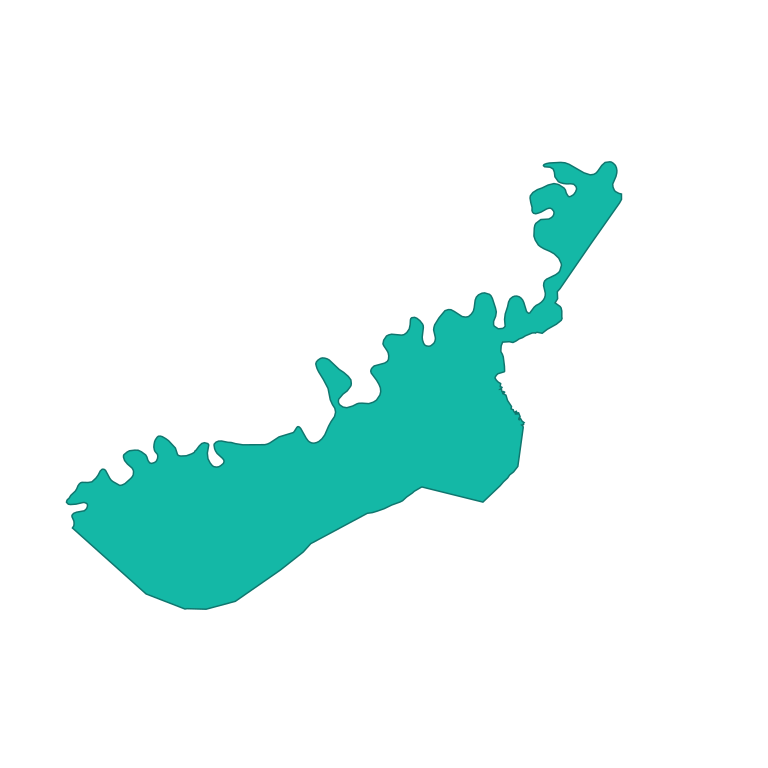 outline of El Progreso, Yoro, Honduras, rotated 43°
{"feature_id": "27666195B1726460774022", "entity_name": "El Progreso", "entity_type": "district", "adm_level": 2, "iso_a3": "HND", "parent_name": "Honduras", "parent_adm1": "Yoro", "projection": "mercator", "projection_center": [-87.816, 15.474], "detail": "fine", "context": "isolated", "style": "filled", "palette": "teal", "viewbox_px": 768, "rotation_deg": 43, "n_neighbors": 0, "source": "geoboundaries", "source_scale": "gbopen_adm2", "svg_char_len": 6144}
<svg xmlns="http://www.w3.org/2000/svg" viewBox="0 0 768 768"><g transform="rotate(43 384 384)"><path d="M428.1,83.1L425.8,84.4L422.0,85.4L420.3,85.2L417.2,83.8L414.9,81.8L412.1,74.0L410.3,70.9L408.8,69.1L406.6,67.4L404.1,66.3L401.2,66.2L399.0,66.6L397.7,67.4L394.6,71.2L394.2,75.6L395.2,82.8L395.2,85.2L394.5,87.5L392.2,90.4L386.2,93.2L369.5,97.1L365.5,98.8L362.0,101.5L354.2,109.6L352.5,112.0L351.5,114.0L351.4,114.9L351.7,115.6L353.3,115.6L357.6,112.2L361.0,111.4L364.0,112.8L367.7,115.9L373.5,117.1L375.6,116.5L378.5,115.0L381.3,112.9L384.0,110.2L386.5,108.5L389.7,108.6L391.9,110.0L393.1,113.0L393.5,116.2L392.7,119.2L391.7,120.8L390.6,121.0L388.5,120.5L386.8,119.9L384.4,118.4L382.1,117.9L376.3,118.9L374.8,119.5L371.6,121.5L368.3,126.6L365.9,132.8L363.6,137.3L362.3,142.4L362.7,146.6L364.0,148.4L367.6,151.2L371.9,153.9L373.9,156.2L375.5,157.0L377.0,157.1L378.9,156.0L380.1,154.1L381.6,151.2L383.6,144.9L384.9,142.7L385.9,141.9L387.4,141.5L390.2,141.9L391.5,142.7L392.6,144.4L393.1,146.3L392.9,148.3L392.0,151.0L386.5,156.8L385.5,163.0L386.0,164.9L387.5,167.4L392.8,173.6L396.5,175.6L402.1,177.1L404.8,176.9L408.8,176.0L415.0,173.8L419.7,172.7L426.0,172.8L431.2,174.9L432.8,176.1L435.4,181.2L435.7,183.3L435.0,187.1L431.4,196.4L431.2,199.1L432.0,201.1L433.6,203.2L440.1,207.6L441.7,209.5L442.8,211.8L443.3,214.2L443.3,216.9L442.7,219.9L441.7,222.6L441.4,225.4L442.2,232.7L441.5,233.7L438.9,233.8L430.6,229.0L428.1,228.0L425.6,227.7L423.4,228.0L421.2,229.1L419.7,230.6L418.7,232.5L418.2,235.7L419.2,239.1L421.6,243.1L424.9,250.1L428.1,254.5L433.2,259.1L433.3,260.7L432.9,262.4L429.9,265.7L425.1,266.5L423.6,265.8L421.4,263.4L419.4,258.2L417.0,254.7L413.7,252.4L404.9,247.5L402.0,246.5L400.0,246.5L395.5,248.7L393.7,250.8L392.3,254.4L392.3,257.5L393.5,260.5L398.0,266.8L399.7,269.9L400.2,273.5L399.8,277.1L398.1,279.4L395.1,281.4L385.9,283.0L382.3,284.0L380.3,285.7L378.6,288.8L379.1,298.0L380.7,306.1L381.9,308.5L383.4,310.6L389.6,314.8L390.8,315.9L391.9,317.7L392.6,319.6L392.5,321.9L392.1,324.3L391.1,325.8L389.1,327.2L387.2,327.7L385.2,327.2L382.2,325.6L380.0,323.7L374.4,316.0L372.9,314.6L371.4,313.9L367.1,313.2L363.2,313.5L360.9,314.4L359.1,316.6L359.0,317.8L359.6,319.1L362.6,322.7L364.9,326.5L365.6,330.9L365.0,334.2L363.6,336.2L355.6,342.4L354.0,344.8L353.1,347.2L353.9,352.2L355.9,355.4L357.8,356.2L363.4,357.5L365.7,358.3L368.3,360.2L370.5,363.0L371.0,365.3L370.2,368.3L364.5,377.5L364.3,380.1L364.6,382.0L365.5,383.6L367.2,384.7L376.0,386.3L380.6,387.7L384.0,389.3L386.8,391.8L388.5,394.8L389.5,400.9L388.6,404.5L386.3,408.7L381.0,413.0L378.8,415.2L377.8,416.8L376.1,421.5L373.0,426.7L369.8,428.8L366.3,429.4L364.8,429.2L363.4,428.6L362.1,427.4L361.2,425.9L360.9,419.4L361.8,414.2L361.2,408.8L360.9,407.6L359.8,406.0L357.0,403.6L352.7,402.8L346.6,403.0L341.3,403.9L327.5,403.8L325.2,404.4L323.0,405.5L321.1,407.0L320.1,408.6L319.4,411.6L319.5,414.0L320.4,415.8L322.3,417.1L324.6,418.4L328.0,419.7L336.7,422.1L346.1,425.4L355.5,432.2L360.3,434.2L364.6,435.3L367.8,437.6L370.0,441.5L370.9,447.5L372.2,452.5L375.4,461.6L376.0,466.3L375.6,470.4L374.6,472.9L373.1,475.1L371.2,476.5L369.0,477.2L367.2,477.3L364.0,476.7L353.4,473.3L351.5,473.2L350.3,473.7L349.9,474.3L349.9,475.4L350.8,480.2L350.7,481.5L343.3,494.3L340.7,505.0L339.7,507.4L338.2,509.7L322.3,524.7L316.1,528.9L312.1,531.0L309.6,533.1L304.2,536.4L302.0,538.5L300.8,541.1L300.8,543.8L301.6,544.8L304.2,546.8L306.3,547.8L309.3,548.6L316.7,548.5L318.8,548.9L319.9,549.8L320.7,551.6L320.3,555.0L319.6,557.2L318.2,559.0L315.9,560.5L314.1,560.8L310.6,560.3L306.2,558.7L301.9,555.0L297.4,548.1L295.8,547.7L292.7,549.4L291.3,551.8L291.1,555.2L291.7,560.6L291.4,561.7L291.9,563.4L291.0,566.2L288.4,571.3L284.4,575.4L282.7,576.3L281.3,576.5L275.1,573.1L265.2,572.4L261.7,572.8L257.8,573.7L255.9,574.7L254.6,576.1L254.4,577.6L254.8,580.5L255.5,582.5L257.1,585.1L258.7,587.1L261.1,588.9L262.6,589.5L266.4,590.0L267.8,591.1L269.1,592.8L269.9,595.0L270.1,596.3L269.6,598.2L268.2,600.6L266.4,601.5L263.5,600.9L260.4,599.1L258.1,598.4L252.9,599.0L249.4,600.1L246.8,602.4L243.4,606.4L242.5,609.0L242.0,613.1L242.4,614.1L243.4,615.2L246.5,616.9L250.9,617.5L257.1,617.3L259.1,617.9L260.5,618.8L262.6,621.5L263.1,623.4L263.2,625.8L262.5,633.6L261.3,636.6L259.9,638.4L252.5,640.2L250.2,640.4L247.8,640.0L239.3,637.1L237.8,637.2L236.6,637.9L236.0,638.6L235.8,641.1L237.1,645.8L237.5,649.3L237.1,654.8L234.7,657.9L230.2,661.9L229.5,663.2L229.3,664.8L229.6,667.1L230.8,670.3L231.3,673.0L230.9,679.0L231.6,682.5L231.3,684.5L231.8,686.1L232.5,687.1L235.1,687.2L236.9,686.0L240.7,681.9L244.9,675.7L245.9,674.9L247.5,674.3L248.9,674.2L249.7,674.7L250.8,676.2L251.5,678.1L251.3,681.1L246.6,687.4L245.3,690.1L245.2,692.0L245.5,693.0L246.4,693.9L250.8,695.8L252.6,697.5L253.9,699.3L254.3,701.8L353.2,699.8L391.9,684.3L393.1,682.7L407.5,670.0L423.5,644.3L435.1,590.6L439.5,561.8L439.3,550.7L460.0,489.9L463.2,486.0L465.7,481.7L469.2,475.0L472.2,467.2L476.2,459.4L477.2,456.7L477.6,451.3L479.1,444.3L479.3,441.8L481.7,433.9L482.2,433.3L536.9,402.9L538.3,379.3L538.1,374.0L538.5,368.4L537.9,364.8L538.7,359.9L538.1,353.0L515.5,320.9L514.3,320.0L512.7,320.1L513.6,318.3L512.7,317.5L512.8,316.7L510.3,317.0L507.2,316.1L507.0,316.4L507.3,317.9L506.8,318.0L506.0,317.1L505.7,315.0L502.1,313.3L501.7,313.7L502.1,314.8L500.9,316.0L500.5,314.2L499.4,313.7L499.1,314.4L499.8,315.8L497.5,315.5L496.1,314.7L493.9,315.5L492.6,313.5L485.6,311.8L480.8,309.0L477.4,310.0L477.0,309.5L478.0,308.1L477.7,307.7L476.4,308.1L476.2,308.4L476.5,308.9L476.1,309.1L475.3,309.1L473.5,307.7L472.5,308.7L472.7,306.1L472.2,306.0L470.8,306.7L469.0,304.1L466.4,304.7L463.6,304.6L461.1,303.9L460.7,303.3L460.2,301.0L460.3,298.8L463.6,293.1L463.5,292.4L460.0,288.9L452.7,282.8L450.2,281.5L447.6,280.7L446.7,279.9L443.7,276.2L442.2,272.5L446.8,267.6L450.0,265.7L451.2,262.7L452.1,258.8L453.7,255.6L454.6,252.2L457.6,245.6L459.2,243.9L460.0,243.5L460.3,242.4L460.9,241.6L465.1,239.0L466.1,232.7L469.3,222.7L470.2,216.5L469.5,214.6L468.3,213.7L464.3,209.4L461.7,207.6L460.0,207.2L453.8,208.0L452.8,203.2L447.8,198.3L447.7,194.3L439.5,139.3L432.8,90.9L431.8,87.0L428.1,83.1Z" fill="#14b8a6" stroke="#0f766e" stroke-width="1.5"/></g></svg>